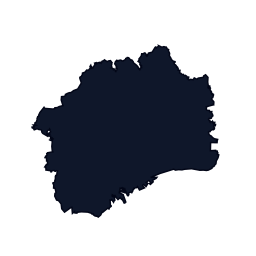 Kota Semarang, Jawa Tengah, Indonesia, rotated 159°
{"feature_id": "22746128B5783483209745", "entity_name": "Kota Semarang", "entity_type": "district", "adm_level": 2, "iso_a3": "IDN", "parent_name": "Indonesia", "parent_adm1": "Jawa Tengah", "projection": "mercator", "projection_center": [110.384, -7.023], "detail": "fine", "context": "isolated", "style": "filled", "palette": "ink", "viewbox_px": 256, "rotation_deg": 159, "n_neighbors": 0, "source": "geoboundaries", "source_scale": "gbopen_adm2", "svg_char_len": 5817}
<svg xmlns="http://www.w3.org/2000/svg" viewBox="0 0 256 256"><g transform="rotate(159 128 128)"><path d="M187.7,55.5L184.8,56.5L182.3,58.7L181.7,58.4L175.8,60.4L174.8,59.2L173.7,60.4L171.8,60.9L171.6,61.4L172.1,62.1L170.6,67.1L169.9,66.7L168.9,67.0L168.1,63.9L167.5,64.7L166.2,65.2L165.6,67.9L164.9,67.7L167.0,69.6L167.2,70.2L166.6,71.3L164.7,68.9L164.2,69.5L164.1,69.3L164.3,68.4L163.0,64.8L160.3,65.8L159.6,63.7L158.9,63.9L158.5,59.3L157.8,59.1L157.1,59.7L156.6,59.7L156.4,67.6L159.4,70.6L158.7,71.7L155.3,69.8L153.9,68.4L153.5,68.4L153.4,69.6L154.6,71.3L155.7,71.9L156.0,71.5L155.8,72.1L157.9,73.2L157.0,74.7L155.3,73.7L155.0,74.3L154.7,74.1L155.0,73.4L154.6,72.2L154.0,72.0L153.8,72.8L153.2,71.1L152.8,71.7L152.8,65.6L152.3,64.7L151.1,65.4L151.0,67.0L148.3,67.2L147.9,67.1L147.6,66.3L145.9,67.7L145.8,68.4L144.0,69.1L144.1,69.7L143.7,69.8L141.3,69.2L140.1,69.9L139.5,66.0L134.0,66.2L135.0,68.5L134.8,69.3L133.8,69.7L132.1,66.9L129.3,69.1L130.5,70.8L127.5,71.5L127.1,71.3L126.5,69.1L127.0,68.5L127.9,68.4L127.3,67.3L123.8,68.7L123.8,70.4L119.8,70.9L118.7,71.6L124.7,73.8L114.3,74.1L100.1,73.2L98.8,71.7L95.7,71.0L92.6,69.6L89.9,69.2L83.2,67.2L76.0,62.8L72.7,61.7L70.1,60.3L68.2,59.9L64.1,60.3L63.3,61.3L61.9,61.3L60.7,61.8L60.2,62.6L58.8,63.0L57.4,65.6L54.7,67.9L52.9,70.4L54.0,71.4L53.1,72.5L53.4,72.7L53.0,74.5L54.4,75.0L54.2,75.7L59.2,77.3L56.1,84.8L50.1,82.4L49.4,83.9L50.0,84.2L49.7,85.0L48.7,84.8L48.4,85.2L51.2,87.0L52.5,88.8L53.1,90.6L54.2,91.8L54.7,93.0L54.3,95.4L53.4,95.6L52.8,95.2L51.5,96.1L48.8,96.2L48.7,95.8L47.8,96.1L47.2,97.0L47.6,98.3L47.3,99.1L45.7,98.8L45.1,99.8L46.5,100.2L46.7,101.3L45.6,101.0L45.0,102.2L46.4,102.5L46.6,104.0L47.5,103.2L48.7,104.9L49.2,104.2L49.7,107.4L48.7,108.0L48.0,107.3L46.7,107.3L45.5,108.6L44.4,108.9L44.2,110.6L44.6,112.0L43.9,113.3L45.9,113.9L45.7,115.2L47.9,116.2L48.3,117.7L47.4,118.7L47.3,119.8L40.6,119.1L40.3,119.6L39.7,119.0L38.8,120.9L38.5,121.8L39.7,125.1L39.2,125.7L38.0,126.0L36.5,128.0L37.4,129.1L36.5,129.2L37.7,130.7L37.1,131.5L37.2,132.1L37.7,132.2L37.4,133.0L37.8,135.0L37.1,135.2L37.3,135.7L36.9,136.1L37.4,136.5L38.7,136.4L38.9,137.4L38.5,137.8L37.1,137.3L36.6,137.7L37.7,138.7L37.8,139.4L37.1,142.4L35.2,146.6L36.5,149.9L38.7,149.5L39.5,148.3L44.6,149.4L46.2,148.8L48.2,151.0L49.8,149.7L52.2,151.0L53.7,150.9L55.0,152.3L54.9,152.9L54.3,152.3L53.6,152.7L53.1,153.8L54.6,154.5L54.7,155.4L55.7,156.7L56.8,156.7L57.2,158.3L58.4,158.5L59.1,160.2L60.1,161.0L58.8,163.2L60.5,163.9L59.9,165.4L60.0,167.2L60.9,167.3L60.6,168.6L61.0,169.9L61.7,170.6L62.0,172.4L60.7,172.4L60.3,173.1L61.6,174.0L62.9,175.8L62.7,176.4L63.2,177.0L62.9,177.7L63.5,180.7L62.4,182.8L62.6,185.8L62.0,186.6L63.3,188.2L63.1,188.8L63.4,190.0L64.3,190.2L65.3,191.1L67.4,191.3L69.9,193.9L69.9,193.5L72.9,192.6L73.1,194.3L73.3,193.5L74.0,193.4L78.3,190.1L82.0,190.6L82.4,189.9L83.5,189.6L83.8,188.5L84.7,188.2L85.0,188.8L84.8,190.9L85.2,191.9L85.9,192.2L87.2,191.8L88.6,192.4L89.9,190.4L93.1,188.5L93.1,187.5L94.7,186.6L93.4,184.6L94.2,182.9L93.0,181.5L93.3,180.8L93.9,181.0L93.7,179.5L95.1,179.6L95.7,179.2L95.7,177.3L97.0,179.8L96.7,181.2L97.4,183.3L99.6,187.1L99.4,188.1L100.1,190.2L101.2,190.6L102.2,193.4L103.5,194.1L104.3,193.6L105.2,193.7L105.4,193.2L106.6,192.7L108.5,192.4L109.4,192.7L110.4,194.0L112.2,194.4L112.9,193.9L113.3,194.1L114.5,195.8L114.1,194.8L114.4,194.3L115.7,194.7L117.4,192.7L117.1,191.3L116.7,191.1L117.0,189.5L116.6,189.4L117.4,187.7L116.8,187.3L117.3,186.3L118.4,186.1L119.5,184.5L119.2,187.4L119.4,187.2L120.0,187.9L120.7,187.7L120.6,188.8L122.0,190.0L121.4,190.0L121.0,192.4L120.1,193.6L120.1,194.5L119.5,194.7L120.2,197.2L122.2,197.6L123.7,197.4L125.6,200.1L126.5,199.6L128.3,199.6L128.9,198.9L129.5,199.1L129.9,198.3L130.3,199.0L131.1,198.9L131.2,199.5L133.2,199.7L134.1,199.1L134.7,199.7L134.4,200.4L135.9,200.5L135.7,199.6L139.2,196.6L140.1,196.6L140.4,196.8L139.9,198.2L140.4,198.8L140.3,199.9L141.4,199.1L141.0,198.3L141.7,197.9L141.6,196.9L142.5,197.1L144.2,196.1L145.8,196.9L148.2,195.5L150.8,195.6L151.4,194.3L153.1,192.9L154.8,192.6L155.2,191.4L155.3,187.5L155.7,186.5L161.0,182.4L165.4,182.4L168.4,181.5L170.2,182.0L172.8,182.0L173.6,181.2L174.3,181.8L175.2,180.6L176.0,180.3L178.8,181.1L180.3,178.1L180.7,172.2L184.5,172.7L186.7,172.4L189.0,173.1L189.4,172.3L191.3,172.6L198.2,175.9L198.9,176.6L199.0,177.4L204.6,174.1L206.7,172.1L207.0,171.1L208.2,171.0L209.6,169.3L209.7,168.5L212.0,166.0L212.9,166.2L213.7,164.8L213.0,163.8L213.8,164.1L214.4,163.4L214.2,164.4L215.3,164.7L214.9,164.0L215.0,163.0L216.1,163.2L216.5,162.6L217.3,163.0L217.3,162.3L216.5,161.9L216.2,159.9L213.1,159.9L212.0,158.7L209.9,157.5L209.5,156.8L209.9,154.9L209.5,153.5L206.2,149.4L205.2,153.4L203.6,154.5L202.0,154.5L201.6,155.2L201.4,154.7L201.8,153.8L201.6,152.1L203.2,151.5L203.2,150.3L204.7,150.6L204.2,151.5L204.6,152.0L205.0,152.0L205.6,151.1L205.1,149.0L203.2,148.1L203.7,146.7L202.9,146.3L204.0,145.8L202.7,145.6L201.8,144.7L202.5,144.3L204.7,144.3L203.3,143.0L205.7,138.1L206.8,134.1L206.7,132.7L211.9,133.7L212.2,133.2L213.0,133.3L213.4,131.5L215.0,131.2L215.4,130.3L216.0,130.3L216.0,130.0L215.5,130.1L214.8,129.3L215.8,126.4L214.9,126.2L216.2,122.7L217.2,123.2L219.6,121.5L218.9,121.1L219.3,120.4L218.9,119.7L219.7,118.2L215.5,115.8L215.7,114.7L215.1,114.5L214.4,115.3L213.3,115.2L211.9,114.6L211.8,113.9L211.2,113.6L210.2,113.9L209.1,113.2L210.2,111.9L211.4,109.5L212.4,109.6L212.4,109.1L213.1,108.9L214.3,105.9L215.0,105.5L215.4,104.3L216.3,103.6L217.6,103.6L217.9,104.1L217.8,101.3L219.0,98.6L217.7,97.8L218.3,93.4L219.6,93.1L220.8,90.7L220.5,86.3L218.9,85.2L217.6,81.1L218.8,76.3L217.4,72.2L209.5,74.3L208.8,74.1L210.5,68.2L207.8,69.1L208.1,67.8L206.8,67.1L206.1,66.9L205.9,67.6L201.6,66.5L195.7,63.9L192.5,61.3L192.5,60.6L191.2,60.1L191.4,59.3L190.3,57.7L189.0,56.9L188.7,57.1L187.7,55.5Z" fill="#0f172a" stroke="#020617" stroke-width="1.5"/></g></svg>